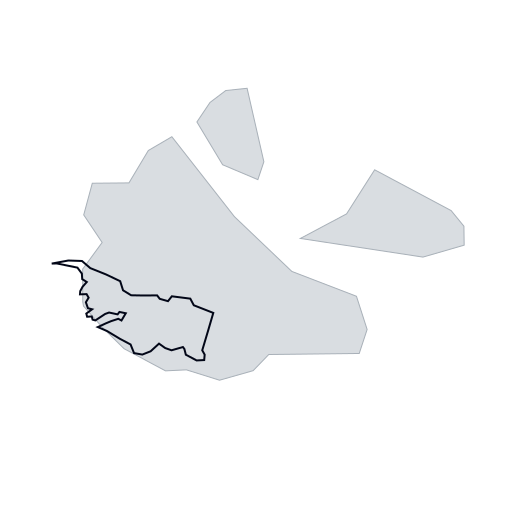 location of North within Hong Kong S.A.R., rotated 208°
{"feature_id": "HKG-5168", "entity_name": "North", "entity_type": "state/province", "adm_level": 1, "iso_a3": "HKG", "parent_name": "Hong Kong S.A.R.", "parent_adm1": "", "projection": "orthographic", "projection_center": [114.21, 22.516], "detail": "fine", "context": "in_parent", "style": "outline", "palette": "ink", "viewbox_px": 512, "rotation_deg": 208, "n_neighbors": 0, "source": "natural_earth", "source_scale": "10m", "svg_char_len": 1452}
<svg xmlns="http://www.w3.org/2000/svg" viewBox="0 0 512 512"><g transform="rotate(208 256 256)"><path d="M204.7,153.4L206.8,151.4L229.9,129.2L264.0,122.8L282.0,112.1L328.9,112.2L357.7,120.7L384.8,130.8L387.4,134.1L402.9,163.1L398.2,195.7L427.4,211.4L434.7,243.4L402.5,260.9L400.6,298.6L386.3,321.8L293.5,280.6L217.1,259.2L148.4,267.6L123.4,243.3L119.1,218.4L198.5,175.0L204.7,153.4ZM191.7,387.8L105.0,387.7L86.4,379.9L77.3,363.3L108.1,333.4L225.1,292.3L195.8,335.7L191.7,387.8ZM360.4,387.9L342.6,399.9L293.3,342.9L290.2,324.3L328.3,320.9L371.1,346.6L368.7,370.0L360.4,387.9Z" fill="#d9dde1" stroke="#a8b0b8" stroke-width="1"/><path d="M318.1,113.0L325.2,119.0L337.3,119.0L352.3,119.8L358.8,119.3L362.3,119.0L356.9,126.1L353.3,130.5L348.1,135.9L344.5,135.9L344.1,144.3L350.3,142.5L350.8,139.5L359.2,137.1L362.0,134.0L367.6,123.7L370.4,123.1L372.6,125.5L376.6,123.1L378.8,125.5L375.7,132.0L379.9,131.0L384.5,135.3L384.2,140.6L387.7,142.8L393.4,139.5L394.7,142.5L394.7,147.4L393.2,153.6L398.6,154.0L401.5,158.7L408.2,161.9L428.4,155.9L432.8,153.4L419.6,163.9L407.3,169.9L396.6,167.5L379.8,169.3L364.1,170.0L357.3,163.3L347.8,162.7L337.2,168.1L324.8,174.8L320.9,173.0L312.5,174.8L311.4,180.9L294.0,187.5L287.8,183.3L267.0,185.7L263.1,166.9L259.2,147.5L255.0,144.8L252.9,139.8L259.4,135.9L271.6,135.9L275.6,140.3L277.8,141.3L286.3,133.1L293.0,132.1L300.5,133.1L304.3,122.4L310.1,115.6L318.1,113.0Z" fill="none" stroke="#020617" stroke-width="2"/></g></svg>